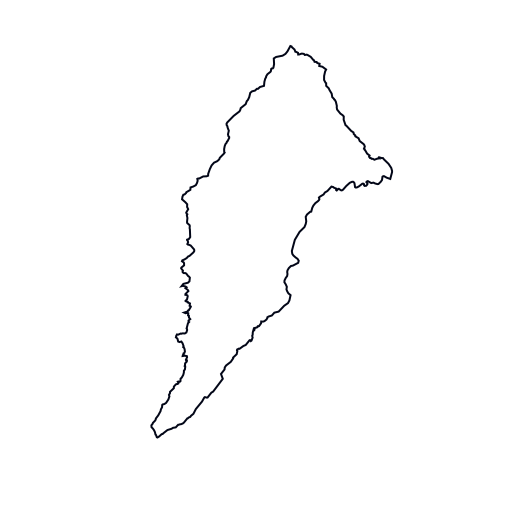 Qacha's Nek, Qacha's Nek, Lesotho, rotated 114°
{"feature_id": "5366337B29714874400852", "entity_name": "Qacha's Nek", "entity_type": "district", "adm_level": 2, "iso_a3": "LSO", "parent_name": "Lesotho", "parent_adm1": "Qacha's Nek", "projection": "mercator", "projection_center": [28.688, -30.097], "detail": "fine", "context": "isolated", "style": "outline", "palette": "ink", "viewbox_px": 512, "rotation_deg": 114, "n_neighbors": 0, "source": "geoboundaries", "source_scale": "gbopen_adm2", "svg_char_len": 6101}
<svg xmlns="http://www.w3.org/2000/svg" viewBox="0 0 512 512"><g transform="rotate(114 256 256)"><path d="M50.2,310.0L56.3,310.5L59.4,311.3L62.2,313.2L66.0,318.6L68.3,320.1L73.4,317.5L76.9,316.7L77.8,317.0L78.2,317.8L78.9,318.2L81.1,317.6L81.9,317.7L85.3,319.5L87.8,319.8L88.7,319.5L90.2,319.7L93.4,319.2L97.3,317.9L100.0,321.1L102.5,322.2L102.9,323.2L105.3,324.2L107.2,326.6L109.3,327.6L113.7,326.8L116.8,326.9L118.3,327.4L121.5,327.2L127.1,330.1L128.9,329.8L130.6,329.9L137.1,333.4L145.7,336.6L147.2,336.7L148.4,336.0L149.1,334.9L150.2,334.2L152.6,331.8L156.2,331.1L157.8,329.9L158.2,328.9L159.1,328.5L162.7,328.7L163.3,329.1L164.4,328.9L166.1,329.4L168.3,329.3L171.3,328.6L174.0,327.3L174.3,326.7L175.4,326.9L181.0,329.0L182.4,328.9L183.7,329.3L185.3,330.1L187.8,332.3L191.3,333.4L195.4,333.5L200.4,333.1L202.1,332.4L203.3,333.6L204.8,336.6L208.3,339.4L208.7,340.4L209.4,341.0L211.0,339.9L213.3,339.6L215.8,339.8L218.1,341.6L220.0,343.7L222.3,342.9L226.1,345.6L226.9,345.5L228.8,346.3L229.6,347.3L231.7,347.3L234.3,346.6L235.6,342.4L236.7,339.9L239.2,338.9L240.8,337.0L244.7,337.4L245.5,336.7L245.8,335.7L247.0,335.7L249.2,334.1L253.1,332.8L253.9,332.2L254.8,329.3L255.5,328.7L257.5,328.0L258.6,327.2L265.5,323.8L267.7,324.2L269.1,325.6L269.6,325.3L269.9,324.5L271.1,323.6L273.0,323.6L273.3,322.5L273.0,321.8L273.0,319.9L275.2,315.2L275.9,314.7L276.9,314.4L278.3,314.7L283.0,316.8L284.0,317.8L286.1,318.5L288.2,319.9L289.9,321.5L290.9,321.5L291.3,319.4L291.8,318.8L293.8,317.9L297.0,319.5L297.8,319.3L299.1,316.8L300.2,316.7L300.7,316.3L301.0,315.1L300.3,313.4L300.5,312.4L301.9,309.9L302.1,308.7L302.7,307.6L306.2,306.5L308.1,307.3L311.0,311.0L313.8,311.7L313.0,310.7L312.5,307.9L312.8,306.7L314.1,307.3L314.7,304.6L315.5,303.5L319.5,305.0L320.2,304.7L319.8,303.5L319.9,302.6L320.6,302.0L323.5,301.4L325.7,302.1L325.9,301.4L325.6,299.8L326.2,299.5L326.2,297.0L328.5,296.4L328.5,295.3L328.8,294.9L332.8,295.3L333.0,295.7L333.7,296.0L334.8,295.7L335.3,296.8L336.9,298.6L336.9,297.0L336.2,296.4L336.0,294.5L337.9,293.9L337.9,293.0L339.5,292.2L340.4,290.4L342.4,291.4L343.5,290.9L343.6,290.3L345.1,290.8L350.5,289.9L350.7,289.4L351.6,288.8L354.2,288.5L355.7,289.5L356.7,291.9L357.4,292.6L357.5,293.3L359.5,295.1L359.8,296.3L361.8,296.4L362.4,295.9L362.9,296.0L363.5,294.1L365.8,292.3L365.7,290.8L364.5,289.4L365.6,287.6L367.9,285.4L368.8,285.5L369.2,284.3L370.2,283.3L372.2,282.1L373.6,282.0L374.5,282.6L375.2,282.1L376.2,282.5L377.2,282.3L376.0,280.4L375.6,278.4L376.5,277.8L379.4,277.8L379.7,277.5L379.2,277.0L379.7,276.5L380.2,276.4L380.4,276.7L381.0,276.4L382.9,277.1L384.8,276.4L385.5,276.4L385.6,275.8L386.2,275.5L388.6,274.8L390.1,275.2L391.8,274.5L394.2,274.1L397.4,274.4L398.7,275.0L401.1,274.1L401.9,274.5L402.3,276.0L402.7,276.3L403.3,275.3L404.0,275.1L404.9,275.7L405.3,276.5L405.9,277.0L408.7,277.9L410.2,277.3L415.1,279.3L416.3,278.8L418.3,279.0L419.5,278.0L422.7,277.7L426.8,278.4L428.5,279.5L429.6,280.9L430.2,281.1L432.4,280.3L434.8,280.5L436.5,280.1L441.4,280.5L445.2,281.4L446.2,281.1L447.4,281.2L450.4,282.3L451.4,282.2L453.2,282.7L454.9,281.8L455.6,280.0L456.7,278.2L458.1,276.6L460.0,275.2L460.2,274.5L461.9,272.9L461.9,272.2L460.5,271.2L457.1,269.7L456.6,268.9L455.5,268.5L451.0,266.1L448.2,262.9L446.7,261.9L445.2,259.6L441.9,258.5L441.7,258.0L441.0,257.4L440.0,255.9L438.7,254.7L437.5,254.1L432.3,252.7L432.1,252.3L430.9,251.8L429.7,250.6L428.4,250.4L425.7,249.0L420.3,248.7L410.9,246.1L406.4,245.7L405.7,245.3L405.4,243.4L405.0,242.7L399.0,241.2L397.3,240.0L381.7,236.4L378.0,240.0L372.5,238.6L370.5,239.2L368.2,238.8L363.0,236.0L358.8,235.2L358.1,235.6L353.6,233.7L350.3,234.4L350.0,235.0L349.1,235.2L347.6,234.0L347.5,233.3L343.3,230.9L341.5,229.2L335.5,227.6L335.2,226.9L335.8,226.1L335.1,225.7L331.9,225.9L330.5,227.0L329.4,227.0L327.0,227.9L323.5,228.4L323.9,227.5L322.2,227.8L320.9,226.1L320.1,225.7L319.8,225.9L319.4,225.8L318.8,224.7L315.4,224.0L313.7,224.6L313.1,222.9L312.1,221.8L309.8,220.6L308.0,220.4L307.4,220.7L306.3,220.0L303.9,217.3L300.3,216.2L297.6,212.7L290.0,210.0L286.0,207.6L283.0,207.4L277.7,208.5L276.9,211.3L275.5,213.2L274.1,214.6L271.6,215.3L269.8,217.3L268.4,219.4L266.7,220.0L263.9,219.9L261.7,219.4L259.7,219.9L257.9,221.0L256.3,221.4L253.7,221.1L250.9,220.0L249.8,218.4L245.1,214.7L243.0,215.0L241.7,216.9L241.2,219.3L240.3,222.1L239.3,223.7L238.1,224.5L236.8,225.3L225.4,227.1L216.2,226.0L209.9,223.5L206.5,223.6L203.9,224.2L200.0,226.5L197.4,226.3L193.6,224.5L193.0,223.6L189.1,224.2L186.6,224.1L183.6,223.3L180.7,221.7L179.2,221.2L178.3,221.2L177.0,222.3L175.6,221.6L172.3,219.3L170.0,218.9L167.6,217.2L161.9,215.3L161.6,213.4L161.9,212.6L161.8,210.1L163.1,209.7L163.3,208.9L161.1,208.0L160.9,207.6L161.4,205.3L161.2,204.3L160.1,203.5L155.3,202.0L151.0,200.1L149.3,198.6L148.7,197.6L148.9,196.5L149.4,195.7L152.8,193.5L152.9,192.8L152.4,191.8L150.7,190.4L146.6,188.2L146.2,187.3L146.4,186.6L147.5,186.0L147.8,185.3L147.0,183.9L145.3,183.4L144.5,183.6L143.6,185.2L142.8,185.0L142.1,184.3L142.5,180.4L141.2,178.5L141.3,176.7L140.9,174.2L140.4,173.4L137.4,172.2L135.3,171.8L132.1,172.7L131.3,172.2L131.0,171.4L131.3,168.5L131.0,164.7L124.1,165.8L122.9,166.3L120.5,168.3L117.9,172.4L115.7,178.4L114.9,179.9L115.4,180.9L115.7,183.3L116.5,182.9L116.5,184.0L117.4,184.1L117.9,185.0L119.9,187.0L119.7,188.8L120.2,190.0L119.8,191.0L120.1,191.7L119.3,193.1L118.0,193.1L117.3,196.1L115.2,199.0L114.8,199.9L114.3,200.1L114.1,201.0L111.8,201.1L110.6,202.2L110.0,203.2L108.8,208.0L106.7,210.2L106.3,213.8L106.0,214.2L105.5,214.3L104.8,216.3L103.5,217.2L103.0,220.0L100.2,226.5L100.1,227.4L95.9,231.3L92.8,232.6L92.1,234.2L91.6,236.8L89.2,241.5L87.4,242.7L86.0,243.2L82.6,245.8L81.3,247.5L81.2,248.3L80.7,248.7L79.9,250.9L76.9,252.9L74.6,256.2L73.2,257.8L72.0,261.1L69.6,262.2L69.4,263.0L67.5,265.4L63.8,267.0L59.4,267.9L57.1,267.8L56.1,272.3L56.7,275.5L54.5,276.1L54.8,278.5L54.1,279.5L54.8,281.5L53.6,282.7L53.6,283.4L51.8,287.0L51.4,290.4L51.4,291.5L52.5,293.2L51.9,294.4L52.2,295.7L52.6,296.7L54.3,298.5L54.8,299.4L53.3,300.3L53.2,302.4L53.4,303.1L51.7,304.8L50.6,308.2L50.1,308.8L50.2,310.0Z" fill="none" stroke="#020617" stroke-width="2"/></g></svg>